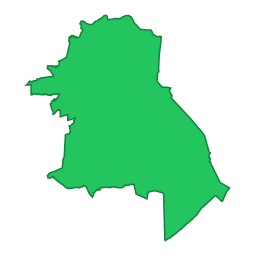 San Martín Texmelucan, Puebla, Mexico
{"feature_id": "50627088B54232272598666", "entity_name": "San Martín Texmelucan", "entity_type": "district", "adm_level": 2, "iso_a3": "MEX", "parent_name": "Mexico", "parent_adm1": "Puebla", "projection": "robinson", "projection_center": [-98.448, 19.266], "detail": "fine", "context": "isolated", "style": "filled", "palette": "green", "viewbox_px": 256, "rotation_deg": 0, "n_neighbors": 0, "source": "geoboundaries", "source_scale": "gbopen_adm2", "svg_char_len": 5514}
<svg xmlns="http://www.w3.org/2000/svg" viewBox="0 0 256 256"><path d="M222.7,200.7L223.8,197.9L225.5,194.7L226.1,192.6L227.4,190.3L228.3,189.8L229.6,187.9L220.3,182.6L213.5,169.1L212.5,166.7L211.6,165.4L210.8,163.4L210.6,162.0L209.4,161.7L210.3,159.5L209.9,158.1L210.0,157.7L208.5,156.8L210.3,152.8L209.1,152.1L208.2,148.8L204.5,135.7L203.1,133.6L200.9,130.8L199.9,129.5L198.0,127.7L195.8,124.8L190.7,118.8L171.3,98.0L172.1,95.6L170.4,93.0L169.8,91.9L169.6,91.4L169.7,90.8L170.6,88.0L167.0,87.3L164.3,87.2L162.4,87.3L161.8,86.5L160.1,84.8L159.5,84.4L159.1,83.6L158.3,82.8L157.4,81.7L157.1,81.0L157.1,79.7L157.6,73.3L157.8,72.7L158.9,71.8L158.6,68.0L159.2,56.1L159.4,53.6L160.7,43.8L161.2,36.8L160.1,36.2L159.0,36.5L157.6,36.7L156.3,36.3L155.5,35.9L154.8,35.3L153.4,34.6L152.6,33.4L151.5,30.5L150.6,30.0L148.4,30.1L143.4,29.6L140.6,29.5L137.2,26.1L136.5,25.1L134.2,23.0L133.9,21.8L133.1,20.2L131.9,18.0L130.7,16.5L129.9,16.2L128.4,15.5L126.1,15.7L125.1,15.9L122.6,17.0L120.4,18.5L118.8,18.6L114.5,18.5L113.1,19.0L108.0,19.8L107.3,17.2L106.7,15.5L105.0,15.4L103.6,16.0L102.5,17.3L101.0,18.4L100.5,18.8L99.3,19.0L97.4,20.7L96.8,21.0L95.4,21.2L93.6,23.2L92.7,24.0L92.4,24.3L91.1,24.6L89.6,24.5L86.6,23.6L86.1,23.4L84.5,21.9L83.9,21.9L84.0,21.5L82.5,21.1L82.4,21.4L81.4,21.1L81.2,21.2L80.8,21.7L80.3,23.0L80.0,23.4L80.0,23.9L80.3,24.3L81.1,25.1L81.4,25.7L81.2,27.1L80.8,28.0L81.7,28.7L81.9,29.1L82.4,29.4L82.7,31.0L82.3,31.3L81.7,32.4L81.3,32.6L81.0,33.0L81.0,33.5L80.3,34.3L80.1,35.1L80.1,36.0L79.9,36.4L79.6,36.7L79.2,36.9L78.9,37.2L78.5,37.4L76.8,37.7L76.2,36.7L75.8,37.0L75.3,37.8L75.1,37.9L74.9,37.6L74.7,36.7L74.5,36.3L74.1,35.8L73.8,35.6L73.4,35.6L73.0,35.8L72.6,36.7L72.3,36.8L72.1,36.6L71.8,35.6L71.2,35.7L71.0,36.1L71.0,36.9L70.8,37.5L70.6,37.4L70.2,36.9L69.9,36.8L69.3,37.1L69.0,38.1L69.0,39.9L68.8,41.4L69.0,41.4L69.8,42.3L69.9,42.5L66.5,57.4L60.2,60.7L59.8,60.7L59.1,61.0L58.7,61.0L58.5,61.4L59.2,61.9L59.2,63.8L58.9,64.4L58.9,65.2L58.7,65.6L58.1,66.0L57.1,66.0L56.7,66.1L56.9,66.8L56.9,67.1L56.4,67.5L56.1,67.5L55.7,67.4L55.2,67.1L55.0,66.9L55.0,66.0L47.6,65.8L47.5,68.2L47.3,68.6L50.7,70.9L50.8,71.4L53.5,75.9L53.5,76.6L50.5,76.6L40.4,78.1L40.1,78.2L39.2,78.8L36.9,79.1L36.8,79.4L36.8,80.7L33.6,80.7L32.6,81.6L31.0,81.8L29.6,81.8L29.6,81.3L28.8,82.1L27.2,84.4L26.4,85.1L29.1,85.0L31.2,84.6L31.0,94.5L31.7,95.0L32.1,94.8L32.5,94.4L33.0,94.4L33.2,94.1L33.5,94.1L34.3,93.8L35.4,93.9L36.5,94.4L37.2,94.0L37.7,94.1L38.6,94.4L39.4,94.3L39.8,94.6L40.7,94.6L41.1,94.7L42.2,94.7L42.9,94.2L43.4,94.3L43.9,94.9L44.2,94.8L44.2,94.5L44.4,94.2L45.7,93.9L46.0,93.9L46.1,94.1L46.3,94.7L48.8,95.2L49.5,94.9L49.7,95.0L49.8,95.3L50.3,95.3L50.7,95.5L51.1,95.4L51.4,95.0L51.9,94.7L52.4,94.4L52.9,94.3L53.1,94.5L54.3,94.4L54.8,94.1L55.6,94.1L57.4,94.1L57.8,94.5L58.0,94.5L58.3,94.5L58.4,94.3L58.7,94.2L59.4,94.3L57.3,98.0L56.9,98.3L56.2,98.5L56.0,98.9L55.8,99.2L55.7,100.3L55.5,100.5L55.1,100.4L54.8,100.0L54.2,98.9L53.6,99.5L53.4,99.8L53.8,100.0L53.9,100.3L53.8,100.7L53.5,101.0L52.0,100.9L51.9,101.0L51.8,102.3L51.7,102.6L51.6,103.2L51.3,103.4L50.5,103.4L50.3,104.0L50.9,105.9L51.8,109.4L52.6,110.6L53.3,112.9L53.0,114.0L53.0,114.4L53.3,114.3L53.3,114.1L55.0,113.2L55.2,112.6L56.5,111.3L57.1,110.4L58.8,110.1L59.2,109.9L59.2,110.0L59.4,110.3L60.2,110.3L60.3,116.8L67.8,114.6L67.7,120.4L67.9,120.4L72.7,118.9L75.1,117.8L75.2,119.2L73.7,120.6L73.7,121.2L74.2,121.7L74.3,122.2L74.1,122.7L72.1,124.2L71.2,125.3L70.1,125.6L69.4,126.1L69.2,126.1L70.0,127.5L69.6,127.9L70.3,130.3L70.1,131.3L70.1,132.5L68.6,133.8L67.8,134.3L66.6,134.2L66.1,134.4L64.9,135.3L65.2,135.2L65.4,136.4L64.6,149.3L64.3,155.3L64.3,156.0L64.2,156.9L63.6,158.0L63.0,159.5L62.7,163.9L62.3,167.7L61.2,168.6L60.5,169.0L59.3,169.1L56.1,170.8L52.6,172.1L51.2,172.4L50.3,172.8L49.9,173.2L49.6,173.1L48.7,173.9L48.0,175.1L47.4,175.5L48.0,178.0L50.0,178.1L50.7,177.7L51.5,177.7L53.1,176.4L53.5,176.4L53.7,176.7L53.7,177.6L55.6,179.5L56.8,180.3L57.3,180.5L57.8,180.9L57.6,181.2L59.1,182.2L64.5,186.1L65.5,187.4L67.5,188.2L68.2,188.7L69.5,188.4L70.9,188.3L71.3,188.4L72.4,188.0L73.2,188.0L74.0,187.9L74.8,187.5L76.2,187.2L77.1,187.2L78.6,188.0L79.4,187.7L80.1,187.3L80.5,187.4L81.1,187.0L81.9,187.0L82.3,186.9L82.9,186.5L83.5,185.4L84.2,186.0L84.7,186.1L85.0,185.9L85.3,185.9L85.7,186.3L86.9,188.2L88.8,192.5L89.0,193.2L89.6,193.9L90.0,194.5L90.5,195.0L91.1,195.9L92.5,197.1L93.3,195.5L94.0,192.7L95.3,191.8L96.3,190.4L97.6,190.1L97.6,189.2L98.1,189.5L98.3,190.0L100.4,189.7L100.5,189.6L100.2,187.8L100.6,187.7L101.6,187.4L101.8,187.5L102.2,187.2L102.5,187.3L102.7,187.6L103.0,187.7L105.0,187.2L105.5,187.3L106.8,187.1L108.4,187.7L109.4,187.6L110.2,187.3L111.0,187.5L111.3,187.1L111.5,187.1L111.9,187.1L112.4,187.0L113.0,187.0L114.0,186.7L114.4,186.7L114.9,187.1L116.5,187.4L117.1,187.4L117.7,187.6L119.2,187.8L120.1,187.6L120.3,187.7L121.8,187.7L122.6,187.5L124.6,186.2L124.9,185.9L125.3,185.0L125.6,184.8L125.8,184.8L127.0,185.4L127.8,185.2L129.0,185.2L129.6,185.0L130.5,184.2L130.9,184.1L132.8,184.7L133.6,184.6L134.1,184.3L134.2,185.1L136.2,194.2L136.7,194.3L147.0,198.9L147.1,198.1L148.2,192.2L154.5,190.7L162.4,192.7L163.6,193.4L163.9,205.4L164.8,237.2L164.9,239.5L165.2,240.6L166.6,239.8L168.6,238.5L170.5,237.5L171.8,236.5L175.8,233.4L182.7,227.6L183.7,226.6L185.1,225.5L185.0,225.4L186.7,223.8L187.7,223.2L189.6,221.5L191.6,220.0L192.5,219.2L192.6,218.9L192.4,218.8L193.0,218.0L195.0,216.6L197.2,214.4L198.4,212.5L201.0,208.7L215.4,195.5L218.1,197.8L221.4,201.1L222.4,201.3L222.6,200.7L222.7,200.7Z" fill="#22c55e" stroke="#15803d" stroke-width="1.5"/></svg>